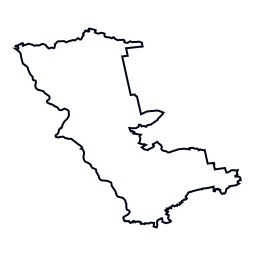 the district of Rumbas pag., Kuldigas, Latvia
{"feature_id": "27541924B49988054161114", "entity_name": "Rumbas pag.", "entity_type": "district", "adm_level": 2, "iso_a3": "LVA", "parent_name": "Latvia", "parent_adm1": "Kuldigas", "projection": "natural_earth1", "projection_center": [22.062, 56.994], "detail": "fine", "context": "isolated", "style": "outline", "palette": "ink", "viewbox_px": 256, "rotation_deg": 0, "n_neighbors": 0, "source": "geoboundaries", "source_scale": "gbopen_adm2", "svg_char_len": 5763}
<svg xmlns="http://www.w3.org/2000/svg" viewBox="0 0 256 256"><path d="M124.5,220.9L125.2,220.8L125.8,221.4L127.2,221.0L128.2,221.2L128.7,221.0L129.3,222.0L130.5,223.0L131.0,222.4L133.4,222.3L133.4,222.0L132.6,221.5L133.7,220.9L134.3,221.0L135.6,222.2L136.0,221.8L136.9,221.8L137.7,221.3L138.2,221.3L139.3,222.2L140.1,221.7L140.5,221.8L141.0,222.4L140.8,223.7L141.1,224.0L141.8,223.7L143.3,223.8L144.9,224.1L145.2,223.2L148.8,223.5L150.5,222.6L154.1,223.0L153.6,226.5L156.7,227.4L157.2,225.6L157.3,224.1L156.9,222.1L157.8,220.2L161.6,218.2L162.1,218.4L162.0,218.9L162.4,219.8L162.4,221.9L166.1,223.2L169.7,222.2L170.9,221.2L170.2,220.2L169.1,219.9L168.1,218.2L168.0,217.9L168.6,216.5L168.7,215.2L168.0,215.1L167.1,214.0L166.7,214.0L166.5,214.4L166.1,214.2L167.0,213.4L166.7,212.5L167.0,212.3L167.4,212.8L167.6,212.6L167.5,211.8L167.7,211.7L167.2,211.4L166.4,211.4L165.6,210.7L165.9,210.3L166.8,210.0L166.1,209.8L166.8,209.4L167.0,208.7L167.3,209.0L167.8,209.0L169.1,207.9L170.4,208.1L169.9,207.5L170.3,207.2L171.3,207.1L171.7,206.2L172.8,205.9L172.8,205.5L173.4,205.6L174.5,206.4L175.0,206.0L176.3,205.5L177.1,205.8L177.2,205.6L176.7,205.2L177.2,204.9L177.2,204.5L177.4,204.4L177.9,205.0L179.2,204.8L179.7,204.6L180.3,203.8L179.9,202.9L181.3,203.1L181.5,202.9L181.3,202.5L182.1,202.2L181.5,201.7L181.9,201.0L183.9,200.0L184.0,199.6L184.4,199.4L185.0,199.6L186.1,199.4L186.9,198.5L185.6,196.9L187.2,194.5L187.5,194.4L188.0,193.0L189.6,191.9L190.8,191.9L193.3,191.0L200.6,189.2L202.0,189.3L202.2,188.6L206.7,188.2L213.6,186.7L213.6,191.0L214.9,191.3L215.7,189.1L218.1,188.9L217.9,189.6L220.1,189.8L219.8,190.6L221.4,193.4L222.3,193.9L223.3,193.3L224.2,193.7L225.5,192.7L226.4,189.1L227.1,188.4L228.1,187.9L229.6,186.8L229.5,186.3L236.3,185.2L238.9,183.6L237.7,183.1L237.7,182.6L238.0,182.5L237.8,181.3L239.4,180.6L240.0,179.8L240.6,180.0L240.4,178.2L239.9,177.2L238.0,176.4L235.4,176.6L235.4,175.7L236.6,175.5L237.5,174.3L236.8,172.6L237.7,170.1L235.0,170.5L233.8,170.1L231.0,170.4L230.1,171.2L228.0,172.3L226.4,172.5L224.9,168.0L214.9,169.4L213.6,164.1L214.3,164.0L214.0,162.9L207.7,163.6L204.7,150.0L203.3,150.2L200.3,149.5L199.8,150.0L198.8,150.2L198.8,149.5L197.0,148.6L196.5,148.8L194.3,148.6L192.9,147.8L189.6,148.1L189.7,149.4L184.4,148.7L178.4,149.3L169.1,152.4L168.0,152.4L166.2,151.3L162.7,150.5L161.3,149.0L161.9,146.9L160.7,144.9L158.4,143.2L157.2,141.8L154.4,143.5L152.8,144.2L152.9,144.8L154.0,145.8L153.7,146.6L152.5,147.5L148.5,149.4L147.9,150.1L144.3,149.3L141.7,147.3L145.9,144.9L144.3,144.2L142.2,144.2L139.9,143.6L138.7,143.0L139.6,142.3L140.4,138.6L139.5,136.4L140.8,134.7L135.6,133.9L134.9,133.7L134.8,133.1L134.4,132.9L134.0,133.5L133.5,133.7L133.3,133.4L134.0,132.5L133.3,132.4L132.8,131.9L131.8,132.0L132.9,131.4L132.2,131.1L130.8,131.4L129.8,129.3L129.3,127.9L129.7,127.8L130.2,128.2L136.0,128.2L138.4,126.8L138.8,126.1L138.9,124.8L140.6,124.8L141.5,126.4L144.1,125.9L145.7,126.8L146.3,126.8L147.2,125.3L151.1,124.5L151.2,124.3L157.8,119.7L157.7,119.2L158.0,118.8L162.9,113.8L163.5,112.6L158.5,110.7L156.3,110.6L147.8,111.4L146.5,111.7L141.0,114.2L137.0,96.6L134.8,95.2L134.7,94.5L130.7,95.0L122.2,56.4L127.7,55.8L126.1,48.2L142.6,46.5L141.9,43.2L142.0,42.8L140.0,41.9L138.8,41.6L136.5,42.0L134.2,41.9L132.4,42.2L130.9,41.5L130.2,41.4L129.7,41.5L127.6,42.8L125.9,42.8L124.2,41.9L124.5,40.7L123.7,39.8L120.6,40.0L119.7,39.8L118.6,40.1L117.6,40.1L114.9,38.7L114.1,37.5L113.0,37.3L112.3,38.1L111.5,38.2L109.7,37.4L107.4,37.3L105.5,36.8L105.1,36.6L104.4,35.5L104.6,33.8L103.9,33.3L101.2,32.8L98.4,33.6L96.2,33.1L95.5,32.8L94.8,32.1L95.6,30.8L95.8,30.4L95.6,30.1L91.9,29.1L89.2,28.6L88.9,28.7L88.4,29.6L88.6,30.5L89.3,31.0L89.2,31.3L88.2,31.6L87.4,31.4L85.7,30.5L84.9,31.2L84.4,32.5L83.2,33.4L83.0,34.0L83.1,34.6L83.7,35.2L83.6,35.6L82.4,36.6L81.7,38.5L81.0,39.4L80.0,39.5L78.0,38.2L77.2,38.6L76.3,39.5L74.8,40.5L73.4,40.0L68.8,41.2L66.5,42.3L66.0,42.3L64.8,41.4L63.6,41.1L58.0,41.4L57.1,41.8L55.8,43.6L54.8,44.3L55.0,45.4L54.4,47.8L53.8,48.2L51.7,47.5L50.5,47.9L49.8,48.4L48.3,48.3L47.9,47.5L46.3,46.2L45.9,45.2L44.1,44.3L42.5,44.0L41.4,44.2L40.0,45.2L38.4,45.5L37.2,45.2L35.0,45.7L33.5,45.5L32.8,44.8L28.2,43.7L26.3,44.7L24.9,44.9L23.2,45.9L22.7,45.7L22.7,44.6L23.2,43.9L23.0,43.4L22.1,43.1L20.3,44.2L19.1,44.6L18.4,45.2L15.9,45.8L15.4,46.2L15.4,46.5L15.6,46.7L17.6,46.8L18.4,47.4L18.4,48.4L18.0,48.9L17.1,49.2L15.7,49.0L19.4,51.8L20.6,53.7L21.4,58.2L22.9,63.6L27.3,66.8L27.9,68.4L28.1,69.5L30.2,74.2L32.6,76.9L32.8,79.3L33.3,80.1L34.9,80.4L35.6,80.7L35.8,81.2L35.9,82.9L35.2,85.3L35.5,85.9L35.6,87.5L36.1,88.3L37.9,89.7L43.3,91.2L44.7,93.0L48.9,95.9L49.5,96.7L49.6,97.2L49.5,98.2L49.1,99.4L47.0,100.8L46.9,101.4L47.0,102.2L48.0,102.9L50.1,103.9L52.4,104.6L55.6,106.7L57.6,107.5L59.0,109.7L59.9,110.1L60.8,110.2L62.4,109.8L63.7,109.0L64.6,108.7L65.5,108.9L68.3,110.5L68.7,111.4L68.8,113.6L69.0,114.7L68.5,116.6L67.2,118.8L64.4,121.4L62.4,125.1L62.2,126.6L60.9,127.8L61.2,128.0L59.6,129.0L59.2,129.5L58.9,130.2L58.6,132.0L58.2,133.1L56.8,134.6L55.9,135.0L55.5,135.8L55.6,136.5L56.0,136.9L58.6,137.5L59.3,137.1L62.9,136.6L63.7,136.9L65.1,138.1L66.8,138.1L67.6,138.8L71.2,138.8L78.2,144.2L80.4,145.6L81.9,147.1L81.7,147.2L81.8,148.3L81.2,148.8L82.4,149.1L83.6,151.1L84.0,152.3L84.0,153.8L83.4,156.9L83.8,159.1L84.4,160.5L85.0,161.4L89.7,163.8L90.9,165.2L91.5,166.9L92.3,167.9L94.1,168.5L96.0,169.5L96.4,172.1L98.7,176.0L99.0,177.6L99.6,178.8L100.3,179.6L101.2,180.2L102.9,180.5L107.2,180.8L110.3,182.1L111.1,182.7L111.4,183.3L111.8,186.0L115.3,191.1L116.8,195.5L117.8,196.6L122.9,197.9L125.1,200.2L125.4,200.9L125.7,202.7L126.3,203.7L126.4,204.4L126.2,205.8L126.7,209.3L127.3,209.9L128.9,210.5L129.6,211.3L129.6,212.5L128.9,213.5L127.8,214.6L123.7,216.9L123.3,217.8L123.9,220.0L124.5,220.9Z" fill="none" stroke="#020617" stroke-width="2"/></svg>